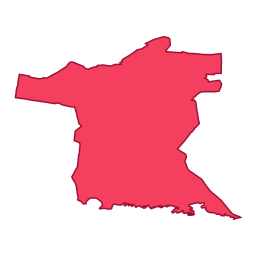 Audriņu pag., Rezeknes, Latvia (Equal Earth projection)
{"feature_id": "27541924B86594333268472", "entity_name": "Audriņu pag.", "entity_type": "district", "adm_level": 2, "iso_a3": "LVA", "parent_name": "Latvia", "parent_adm1": "Rezeknes", "projection": "equal_earth", "projection_center": [27.249, 56.587], "detail": "fine", "context": "isolated", "style": "filled", "palette": "rose", "viewbox_px": 256, "rotation_deg": 0, "n_neighbors": 0, "source": "geoboundaries", "source_scale": "gbopen_adm2", "svg_char_len": 5806}
<svg xmlns="http://www.w3.org/2000/svg" viewBox="0 0 256 256"><path d="M233.8,219.3L234.0,219.0L240.6,217.3L239.8,216.8L234.3,214.8L232.8,214.0L232.0,213.5L220.9,200.1L216.3,196.1L211.9,192.6L209.9,190.6L205.9,185.4L202.2,180.0L201.5,179.2L200.1,178.2L189.4,170.7L188.4,169.9L187.7,168.8L185.0,161.8L185.0,161.1L186.4,157.0L186.4,156.2L185.8,154.7L185.0,153.8L180.2,151.0L177.4,149.0L184.5,140.9L188.3,135.9L189.1,135.0L189.9,133.6L192.6,131.2L194.3,129.1L194.0,128.8L194.0,128.6L196.4,126.8L199.4,123.4L198.5,120.2L197.2,111.8L196.8,110.1L196.6,108.4L196.4,107.2L196.4,106.1L196.0,103.9L195.9,102.2L194.1,99.9L192.8,100.4L191.5,99.8L194.0,97.3L195.7,96.0L195.5,95.9L196.6,94.8L200.7,92.0L204.6,91.7L215.6,91.7L219.2,91.0L219.7,89.5L220.9,87.0L221.6,84.0L220.2,81.4L219.4,80.3L208.6,81.8L208.2,80.7L208.3,80.5L207.5,79.5L206.9,79.4L204.9,78.2L206.0,77.6L206.5,77.0L206.7,76.6L206.3,75.6L206.3,74.4L211.7,74.5L213.8,74.6L214.6,74.2L214.7,73.6L215.2,73.4L221.2,73.4L221.3,64.9L221.5,63.3L221.4,59.8L221.2,56.0L221.2,55.7L221.0,53.6L211.1,54.7L203.5,54.5L197.5,53.9L192.4,53.5L189.2,53.5L182.2,51.7L181.3,52.8L166.1,51.7L165.9,51.5L166.1,50.4L170.3,45.2L169.8,39.2L169.7,38.9L169.1,38.3L168.2,37.7L163.5,36.7L153.5,39.7L145.5,43.5L147.8,45.1L141.6,48.9L136.9,50.0L135.0,51.6L129.9,55.1L123.5,58.9L122.5,59.7L121.8,60.5L122.4,61.2L122.4,61.6L122.2,61.9L120.0,62.6L120.9,64.1L121.0,64.3L114.7,64.5L110.8,66.1L103.2,65.0L102.1,65.0L101.1,65.3L97.5,65.4L96.1,67.1L95.0,67.0L93.5,67.1L91.3,68.1L89.5,68.5L88.9,69.2L88.4,69.4L84.9,68.2L83.8,67.0L83.8,66.6L83.4,66.2L78.5,64.5L74.2,62.6L72.6,62.1L71.3,62.0L70.1,62.3L69.0,63.1L65.9,67.1L65.8,67.5L64.6,67.6L62.8,69.0L61.0,70.0L57.6,72.3L52.1,75.1L47.0,78.1L43.3,77.8L42.2,78.5L39.3,78.8L30.5,77.3L30.5,77.1L29.8,76.4L28.7,75.8L26.5,75.6L23.3,74.9L19.3,74.4L18.9,77.2L17.9,82.4L18.1,83.6L16.2,90.3L16.5,91.0L16.2,91.9L15.8,94.9L15.8,95.1L15.4,97.6L26.0,99.1L33.4,100.5L34.0,100.4L42.2,101.7L45.7,102.1L55.0,103.7L55.8,103.1L59.3,103.1L61.3,104.5L65.8,105.7L70.4,106.7L74.7,107.1L77.2,115.7L76.9,116.1L77.5,117.6L78.3,120.5L78.9,123.5L79.8,124.3L81.3,126.4L75.2,131.1L74.2,140.6L77.7,141.9L79.6,142.8L80.1,145.2L80.1,145.8L79.6,148.6L79.3,152.9L78.6,155.6L78.5,156.7L78.1,161.4L77.6,164.4L77.4,167.0L75.3,170.4L74.3,172.5L71.8,176.9L73.2,179.9L75.1,182.7L76.2,185.6L76.5,187.2L76.6,188.9L77.0,190.2L77.1,192.4L77.9,196.6L78.3,198.3L77.6,199.7L78.2,200.3L80.7,201.1L81.2,201.5L82.7,203.3L83.5,203.9L86.0,203.8L86.2,203.3L86.1,201.9L87.7,200.1L88.2,199.8L89.2,198.8L92.1,197.8L92.9,197.9L94.1,198.3L95.3,197.8L96.6,198.3L98.2,199.3L101.1,201.7L101.6,202.3L102.4,204.4L102.6,205.0L102.5,205.3L101.1,206.7L100.5,207.1L99.5,208.6L99.9,208.9L102.0,208.5L103.7,208.4L105.6,208.5L107.5,209.0L110.9,209.0L111.7,208.4L111.8,207.2L112.6,205.9L113.1,204.3L113.3,204.2L114.4,204.1L115.6,204.3L116.6,204.8L117.9,204.7L119.1,205.0L120.2,205.1L121.2,204.7L123.1,204.5L123.3,204.2L123.6,203.2L123.9,202.9L124.3,202.8L125.3,203.0L125.8,203.3L125.8,203.5L124.7,205.1L124.6,205.5L124.9,205.9L125.5,205.7L127.0,204.2L127.4,203.6L128.2,203.6L129.0,203.9L129.3,204.2L129.1,204.6L128.5,204.9L128.4,205.5L128.6,205.6L129.6,205.6L130.6,204.7L131.2,204.7L131.4,204.8L131.6,205.1L131.4,205.7L131.5,206.0L132.2,206.4L132.6,206.1L132.8,205.6L133.0,204.4L133.5,204.4L134.0,205.0L134.8,205.4L135.0,205.8L135.1,206.4L135.8,207.3L136.2,207.3L137.4,206.4L138.3,205.9L138.7,205.8L139.2,205.9L140.5,206.8L142.3,207.2L142.7,207.4L143.0,207.9L143.5,208.1L144.2,208.1L145.5,207.7L145.4,207.5L143.9,207.5L143.3,207.2L143.1,207.0L143.0,206.4L143.2,206.2L144.3,206.2L145.3,205.8L145.9,206.0L146.2,206.7L146.7,206.7L147.0,206.6L147.5,205.5L147.7,205.3L148.6,205.1L148.8,205.2L148.9,206.0L149.4,207.2L150.5,208.0L150.8,208.5L151.1,208.7L151.8,208.5L151.7,208.4L151.8,207.7L154.2,207.7L154.2,207.4L153.6,207.3L153.3,207.1L153.2,207.0L153.4,206.8L153.9,206.8L154.3,207.3L154.9,207.5L156.0,207.0L156.1,206.7L156.2,206.3L156.6,206.2L158.0,206.8L158.8,206.1L159.4,205.8L160.6,205.9L161.4,205.6L161.8,206.2L161.7,206.6L160.7,206.6L160.0,207.1L161.1,207.6L161.6,207.7L162.3,207.3L163.1,206.6L164.6,206.1L165.4,206.1L166.7,206.8L167.4,206.7L167.9,206.4L167.9,206.2L167.4,205.8L167.3,205.6L167.4,205.3L167.7,205.2L168.6,205.3L169.1,205.7L169.7,205.9L170.8,205.5L171.6,205.5L172.8,206.1L173.9,206.3L175.1,206.9L176.1,207.2L177.5,207.1L178.3,207.6L178.8,208.3L178.7,208.6L178.2,208.8L177.6,208.7L176.3,208.1L175.5,208.2L173.6,210.2L172.0,211.5L171.9,211.9L172.0,212.5L172.3,212.7L173.4,212.7L174.6,212.0L175.9,211.7L176.7,211.8L177.0,212.9L177.7,212.9L181.2,211.8L181.9,211.2L181.9,210.6L182.4,210.4L183.1,210.7L183.6,211.3L183.7,211.8L183.2,212.3L183.1,212.7L183.4,213.0L184.0,213.3L185.4,213.3L188.3,212.3L192.0,213.1L192.3,213.4L192.1,213.7L188.5,213.8L187.9,214.0L187.7,214.4L188.2,215.0L188.9,215.3L191.4,215.3L193.5,214.8L194.3,214.4L194.3,214.1L193.7,213.4L193.7,213.0L193.8,211.7L193.7,211.0L193.4,210.8L191.1,210.5L190.2,210.1L189.9,209.6L190.0,209.2L190.5,209.0L191.9,209.1L192.3,208.6L192.3,208.3L192.0,207.8L191.4,207.3L190.1,206.5L188.7,205.9L188.4,205.4L188.5,205.2L190.4,204.4L195.3,203.1L196.6,203.0L197.2,202.7L198.4,202.7L199.7,203.4L200.4,203.6L201.2,203.4L202.9,202.6L203.7,202.6L203.9,202.8L204.1,203.4L204.1,205.0L201.7,206.2L201.2,206.7L201.2,207.1L201.6,207.6L202.4,208.0L205.1,207.6L206.0,207.7L206.0,208.2L205.6,209.2L205.7,209.6L207.1,211.2L207.9,211.8L210.2,212.6L210.9,212.7L211.7,212.5L214.7,213.0L217.2,214.4L219.5,214.2L219.9,214.3L220.8,215.4L221.9,215.7L224.4,215.8L224.7,215.4L224.3,214.6L224.4,214.1L224.8,213.9L225.2,213.9L225.7,214.2L226.4,215.2L227.0,215.6L227.6,215.7L229.3,215.6L229.8,215.8L230.0,215.9L230.1,216.5L230.2,216.9L230.7,217.1L231.9,217.3L233.6,217.2L233.9,217.4L234.2,217.9L234.1,218.3L233.6,219.1L233.8,219.3Z" fill="#f43f5e" stroke="#9f1239" stroke-width="1.5"/></svg>